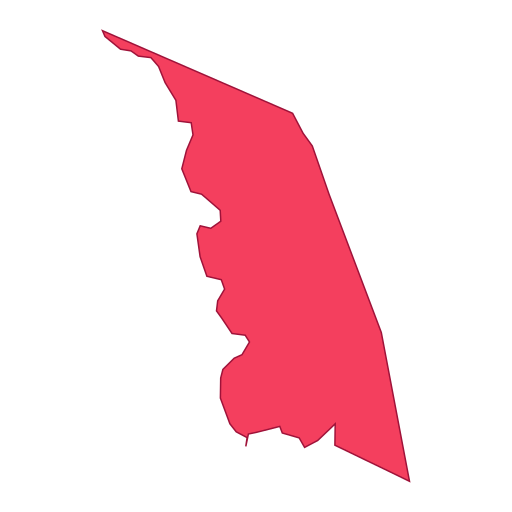 the district of Umatac, Guam
{"feature_id": "77769853B97114790292533", "entity_name": "Umatac", "entity_type": "district", "adm_level": 2, "iso_a3": "GUM", "parent_name": "Guam", "parent_adm1": "", "projection": "equal_earth", "projection_center": [144.66, 13.31], "detail": "fine", "context": "isolated", "style": "filled", "palette": "rose", "viewbox_px": 512, "rotation_deg": 0, "n_neighbors": 0, "source": "geoboundaries", "source_scale": "gbopen_adm2", "svg_char_len": 855}
<svg xmlns="http://www.w3.org/2000/svg" viewBox="0 0 512 512"><path d="M102.5,30.7L105.0,36.5L120.5,49.2L131.0,50.9L138.3,56.1L150.9,57.6L158.6,66.5L165.1,82.6L175.9,100.3L178.4,121.1L191.2,122.7L193.0,134.9L186.5,150.3L181.8,168.8L191.0,191.6L201.6,194.2L220.2,210.3L220.8,221.2L210.8,228.3L200.2,225.8L196.9,233.8L200.1,256.7L206.9,276.3L221.3,279.7L224.6,289.1L218.9,298.8L217.7,300.8L216.5,310.9L221.5,317.8L227.8,327.2L232.0,333.5L245.2,335.2L249.5,342.0L242.0,354.7L234.2,358.2L222.9,369.4L220.7,378.0L220.4,398.1L229.9,423.8L236.2,431.8L247.1,437.6L245.8,446.4L248.4,434.0L256.2,432.4L279.8,426.4L282.3,433.0L299.2,437.9L304.6,447.4L317.8,440.4L335.2,423.8L334.9,445.2L365.5,460.0L390.6,472.1L409.5,481.3L381.3,332.5L329.1,194.4L312.3,146.0L303.1,133.3L295.8,119.4L292.6,113.3L102.5,30.7Z" fill="#f43f5e" stroke="#9f1239" stroke-width="1.5"/></svg>